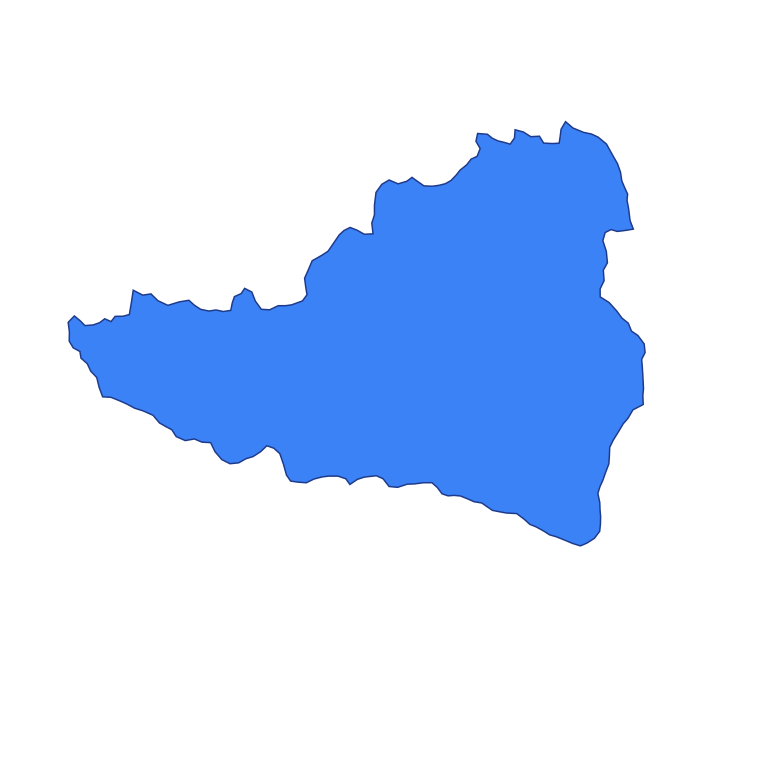 the district of Santa Rita de Ibitipoca, Minas Gerais, Brazil, rotated 343°
{"feature_id": "56859067B41589196819428", "entity_name": "Santa Rita de Ibitipoca", "entity_type": "district", "adm_level": 2, "iso_a3": "BRA", "parent_name": "Brazil", "parent_adm1": "Minas Gerais", "projection": "orthographic", "projection_center": [-43.938, -21.59], "detail": "fine", "context": "isolated", "style": "filled", "palette": "blue", "viewbox_px": 768, "rotation_deg": 343, "n_neighbors": 0, "source": "geoboundaries", "source_scale": "gbopen_adm2", "svg_char_len": 2916}
<svg xmlns="http://www.w3.org/2000/svg" viewBox="0 0 768 768"><g transform="rotate(343 384 384)"><path d="M648.4,201.7L639.5,194.4L634.3,186.2L627.8,192.2L624.8,198.9L621.9,204.9L615.7,203.4L607.1,200.3L605.1,192.5L596.7,190.4L590.9,183.7L583.7,179.2L580.7,186.9L574.8,191.5L569.6,188.1L564.0,184.8L559.4,180.6L555.9,175.4L546.8,171.8L542.9,178.8L544.8,187.0L539.6,193.5L533.1,194.4L527.1,198.6L519.3,201.7L514.0,205.4L507.5,209.0L501.3,210.4L494.8,210.1L488.0,209.0L480.1,206.2L474.9,199.5L471.2,194.6L465.1,196.8L456.0,196.7L448.5,190.4L440.3,192.4L432.4,198.4L427.2,210.1L424.3,219.5L419.4,226.5L417.4,237.2L408.9,235.0L403.3,229.1L397.4,224.4L390.7,225.5L384.8,228.3L378.2,233.6L369.4,240.6L361.9,242.8L351.4,245.1L344.6,253.2L339.0,259.6L337.4,269.0L336.5,276.1L330.3,280.7L318.8,281.3L312.6,280.3L305.7,278.2L296.3,279.6L288.5,276.7L285.2,267.0L284.5,257.4L278.7,251.8L273.8,255.8L266.5,256.7L262.6,262.1L259.0,268.8L251.5,267.7L245.0,264.1L237.8,263.0L230.4,258.9L225.7,253.2L221.9,246.9L212.3,245.6L200.3,245.6L192.1,238.2L187.5,229.7L179.3,228.5L171.6,221.0L166.6,231.5L160.8,243.1L154.2,242.9L146.7,240.7L141.2,244.5L136.0,240.0L130.0,242.2L123.2,242.5L115.1,240.7L112.0,234.8L107.8,228.4L100.0,232.7L98.4,242.1L95.5,251.0L97.4,258.6L102.7,264.0L101.8,270.7L106.2,277.9L107.3,286.0L111.2,293.8L110.6,303.9L111.2,314.0L119.0,316.9L125.6,322.2L132.4,328.1L138.3,334.1L145.8,339.3L154.0,346.4L157.9,355.6L162.8,360.8L167.7,365.7L169.9,373.5L177.4,380.0L186.6,381.1L192.8,386.3L201.1,389.4L202.6,399.3L206.8,408.9L213.4,415.2L222.0,416.9L230.1,415.1L237.6,415.1L246.1,412.7L253.9,408.8L259.8,413.1L264.0,420.1L264.4,431.3L264.1,442.5L266.3,449.5L272.8,452.6L280.7,455.7L289.5,454.4L298.0,454.8L304.1,455.9L313.0,458.6L319.8,463.5L322.0,470.1L330.7,467.4L338.1,467.3L344.0,468.4L349.9,469.5L355.4,474.3L358.9,483.5L366.8,486.8L377.0,486.6L383.7,488.4L392.6,489.9L401.0,492.4L404.7,498.5L407.4,506.0L412.6,509.7L418.4,511.0L424.3,513.4L429.2,517.3L435.7,522.9L442.6,526.3L446.8,531.6L450.7,536.5L456.6,539.7L463.2,543.1L473.0,546.7L478.4,554.1L482.4,560.8L487.9,565.3L493.7,571.3L498.2,576.6L504.2,580.5L510.1,585.3L517.6,591.5L524.4,596.2L531.3,595.5L540.1,593.1L547.2,587.9L550.2,580.8L552.4,574.1L553.8,567.5L555.7,560.4L556.5,551.2L560.5,545.3L565.1,540.1L569.8,533.7L575.7,526.1L578.9,517.6L581.3,510.6L586.5,505.0L594.6,497.9L601.1,492.0L607.3,488.1L614.5,481.5L625.9,479.4L628.2,470.6L630.8,464.3L632.4,458.0L634.3,450.3L636.0,443.2L637.6,435.8L642.9,430.2L644.5,421.7L641.0,411.9L636.1,405.7L635.4,397.3L630.8,390.5L627.9,382.2L623.1,371.9L616.2,363.9L618.5,356.2L624.7,349.5L627.0,339.3L633.1,333.4L635.4,322.0L635.2,310.9L639.8,303.8L646.3,302.7L651.7,306.3L659.6,307.7L667.7,308.8L667.1,299.6L669.2,287.7L670.1,279.4L672.5,273.6L671.5,266.2L670.8,259.3L672.1,250.5L671.7,241.5L669.5,231.9L666.9,219.6L661.0,210.6L655.5,205.6L648.4,201.7Z" fill="#3b82f6" stroke="#1e3a8a" stroke-width="1.5"/></g></svg>